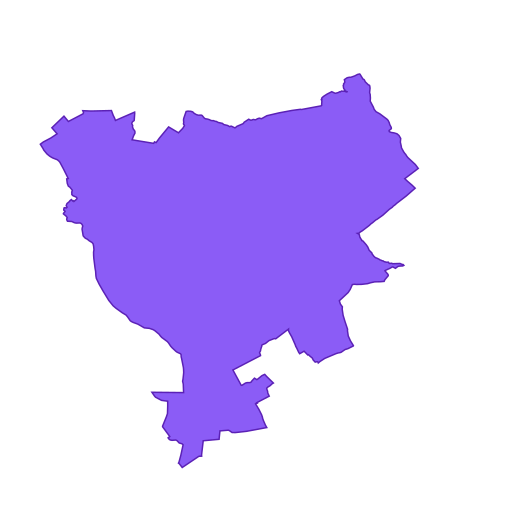 outline of Albesti, Vaslui, Romania, rotated 345°
{"feature_id": "2599482B63481497908108", "entity_name": "Albesti", "entity_type": "district", "adm_level": 2, "iso_a3": "ROU", "parent_name": "Romania", "parent_adm1": "Vaslui", "projection": "natural_earth1", "projection_center": [27.866, 46.507], "detail": "fine", "context": "isolated", "style": "filled", "palette": "violet", "viewbox_px": 512, "rotation_deg": 345, "n_neighbors": 0, "source": "geoboundaries", "source_scale": "gbopen_adm2", "svg_char_len": 6059}
<svg xmlns="http://www.w3.org/2000/svg" viewBox="0 0 512 512"><g transform="rotate(345 256 256)"><path d="M395.2,303.6L395.3,303.5L396.4,303.3L395.9,302.3L394.9,301.9L393.2,300.5L386.0,298.8L385.2,298.1L382.8,297.7L382.3,296.2L380.5,295.8L378.3,294.6L377.5,293.6L376.5,293.2L375.7,292.4L374.8,291.9L374.2,291.1L372.0,289.2L371.0,288.6L369.7,286.7L369.5,285.8L368.8,284.6L368.7,283.0L366.8,279.7L366.3,276.2L365.4,273.7L363.2,269.2L362.1,268.4L362.2,267.5L361.5,266.1L361.5,265.4L361.2,264.7L361.3,262.2L361.1,261.6L359.9,260.4L361.6,260.6L362.6,259.9L365.1,259.2L373.3,255.8L375.5,254.6L377.0,254.1L381.2,252.1L382.1,252.0L389.1,249.4L396.9,245.4L400.2,244.2L401.6,243.3L403.5,242.6L405.6,241.5L416.5,237.0L427.3,231.7L425.1,228.0L421.8,223.2L419.7,219.8L435.4,213.4L433.6,208.9L428.1,200.1L427.4,198.4L426.9,196.6L426.3,195.5L425.6,193.6L424.5,189.1L424.7,187.8L424.9,183.4L426.2,179.9L425.3,176.6L423.8,174.4L421.2,172.8L418.5,171.6L417.0,170.4L416.9,169.6L417.1,169.2L419.6,168.1L419.8,167.7L419.9,166.7L419.2,163.6L419.2,161.7L418.7,159.2L417.9,157.7L412.4,150.7L409.3,147.7L408.1,144.9L407.9,142.6L406.4,136.0L407.4,133.0L408.1,129.4L408.0,127.9L408.2,127.1L409.6,123.4L409.9,121.3L409.8,120.5L408.8,119.7L406.6,116.0L406.3,114.2L406.0,113.5L405.1,112.7L403.5,107.3L403.2,107.0L401.1,106.9L398.0,107.6L393.9,107.9L392.3,107.5L390.2,107.4L387.0,108.5L386.9,110.4L386.6,111.3L385.1,112.5L385.0,113.3L384.3,114.0L384.3,114.7L384.1,115.9L384.1,117.0L384.8,118.7L384.9,119.5L385.4,120.1L386.5,120.9L386.4,121.0L385.8,120.9L383.6,119.4L382.8,119.5L381.3,118.8L379.8,119.3L379.4,119.0L377.7,119.4L374.9,119.4L374.3,119.1L371.7,116.9L366.5,118.0L362.5,119.3L360.7,120.2L360.1,121.1L360.1,121.9L359.6,121.9L359.7,123.5L358.7,126.4L358.5,127.4L357.7,127.8L338.2,126.3L337.3,126.1L336.9,125.8L328.3,124.7L315.4,123.7L302.8,123.3L296.9,124.8L294.8,123.7L292.9,123.8L291.1,124.3L290.4,124.2L288.7,123.4L286.8,123.6L285.9,123.4L284.4,122.0L279.2,123.7L278.2,124.6L277.4,124.9L271.1,125.8L269.3,126.7L268.7,126.7L265.9,124.3L265.5,124.1L264.0,124.2L262.4,122.6L258.9,120.7L257.9,119.2L254.0,117.2L252.6,115.8L251.4,115.3L249.9,114.2L248.9,114.0L247.5,113.4L246.5,112.4L244.8,111.3L242.6,110.3L241.8,109.5L240.3,106.3L239.5,105.7L236.8,105.1L235.0,104.0L233.5,102.5L232.8,101.6L232.3,100.6L231.8,100.1L231.1,99.9L230.7,99.4L227.6,98.4L225.9,98.3L221.8,104.4L221.2,105.8L220.7,108.5L220.1,109.6L220.2,110.3L220.6,110.9L220.6,111.6L218.2,113.8L213.0,116.9L205.0,108.7L193.2,117.1L188.9,120.6L187.5,119.5L186.3,120.7L166.4,111.7L168.8,108.3L170.9,106.0L171.3,104.2L171.0,103.0L170.4,102.0L170.1,99.4L170.7,97.9L170.4,96.9L170.3,95.8L171.1,94.7L172.0,94.1L172.9,93.9L173.5,93.4L175.8,86.7L176.0,85.6L155.3,88.7L155.1,86.2L154.5,83.3L154.0,78.1L134.2,73.3L126.3,70.8L126.5,72.2L126.5,72.9L125.7,73.9L109.6,77.5L106.7,71.2L92.0,79.3L95.5,86.5L88.4,88.9L80.1,90.8L76.6,92.2L78.1,97.1L78.4,98.7L80.5,103.3L82.5,106.1L83.9,107.6L85.3,108.9L89.0,111.6L90.1,113.2L90.8,114.6L92.5,121.8L94.7,132.6L93.1,132.5L92.5,137.0L92.8,139.9L94.1,141.5L95.6,145.1L94.5,146.6L94.5,147.3L94.0,148.9L94.3,149.6L94.9,150.5L97.0,152.1L97.9,153.0L98.0,154.0L97.6,154.6L94.2,156.2L93.8,155.3L93.1,155.4L92.3,153.7L91.2,154.1L91.0,154.4L90.4,154.5L89.8,155.1L87.0,156.4L85.7,158.2L86.1,160.0L85.3,160.5L83.7,159.8L83.0,159.9L82.3,161.4L82.2,162.0L83.0,163.0L83.1,163.6L81.0,165.0L80.9,165.5L82.7,168.0L83.6,170.0L82.7,171.3L82.6,172.2L82.9,173.6L87.0,175.0L89.0,176.7L90.0,177.3L91.3,177.8L94.5,178.5L95.4,179.2L96.1,180.4L96.4,181.8L96.3,182.4L95.3,184.1L94.9,185.2L94.5,189.6L94.3,191.2L94.4,192.2L95.7,194.6L97.4,196.1L98.8,198.1L101.1,200.5L101.8,202.0L101.7,204.4L101.1,208.0L100.1,210.2L99.3,213.4L98.7,216.5L97.4,226.0L97.1,229.3L96.2,233.9L96.0,236.3L97.2,242.6L99.2,250.2L102.3,260.8L105.1,267.1L107.3,270.3L112.1,276.2L115.2,279.4L116.2,281.6L117.7,285.8L118.6,287.0L120.2,288.4L124.2,291.2L129.5,296.5L134.3,298.3L137.6,300.5L139.0,302.0L142.1,306.4L143.0,308.6L143.9,310.3L148.2,315.7L149.0,317.3L150.2,320.9L151.2,322.9L154.0,327.4L154.9,328.5L157.7,330.8L158.1,331.7L157.9,332.8L157.6,334.1L157.6,335.7L157.0,344.9L156.7,346.7L156.0,349.8L155.3,351.7L153.6,356.1L152.7,357.9L152.6,360.8L150.7,369.2L120.2,360.7L121.8,365.2L122.5,366.5L127.4,371.0L133.1,373.4L131.9,378.0L129.7,385.3L127.9,388.0L121.7,396.2L121.6,396.8L126.0,408.1L124.0,408.9L124.8,410.8L125.7,411.6L127.2,412.3L130.9,413.0L132.0,414.0L133.4,416.7L136.0,418.3L136.7,419.5L132.0,428.7L128.3,435.1L127.5,436.0L128.1,436.7L130.0,441.2L148.3,434.9L149.2,434.7L151.7,435.3L152.0,433.9L157.2,420.8L172.9,423.5L175.9,415.6L184.2,417.1L185.1,417.8L187.2,420.3L190.3,421.2L201.5,422.9L222.0,424.5L221.3,421.7L220.6,417.0L220.4,414.7L220.5,412.9L220.3,410.7L219.1,404.9L217.3,398.7L218.3,398.4L219.4,398.5L219.5,398.2L219.1,397.8L232.5,394.8L231.9,391.4L232.2,389.7L232.0,387.6L232.1,386.5L233.4,385.7L236.1,384.9L238.5,383.6L239.9,383.2L235.2,375.3L233.8,372.6L233.6,372.6L230.8,373.1L225.4,375.5L224.8,375.6L222.9,373.6L219.8,375.5L218.7,376.5L217.4,376.7L214.6,376.0L212.9,376.0L208.9,377.3L208.2,376.9L204.2,360.1L234.6,353.4L234.7,352.2L234.4,350.8L234.5,350.1L235.8,348.8L236.3,347.6L237.4,345.8L238.2,344.7L238.4,343.9L239.0,343.4L242.6,342.9L246.6,341.1L251.9,340.5L252.6,340.6L253.6,341.1L268.5,335.0L268.0,336.5L268.5,339.1L269.6,343.3L270.9,351.8L271.0,353.5L271.5,355.5L272.3,360.0L272.9,361.7L277.8,360.4L280.4,365.0L281.1,364.9L282.2,366.7L284.0,369.2L284.3,371.2L285.7,373.8L287.8,373.9L288.5,374.8L288.5,375.4L290.4,374.5L295.9,372.7L308.1,371.0L310.2,370.9L312.2,371.1L313.4,371.0L317.8,369.4L320.8,369.3L326.7,368.1L326.9,367.8L325.3,362.5L324.4,357.2L325.0,351.9L325.5,350.4L325.0,342.3L324.8,335.8L325.5,329.7L326.3,327.4L325.1,324.3L324.9,320.8L335.6,315.1L338.3,312.7L341.7,308.5L343.9,308.8L345.7,309.5L350.6,310.7L356.6,311.6L359.7,311.5L364.0,311.7L369.7,313.1L373.2,313.7L374.3,312.3L378.6,309.3L378.8,308.7L378.7,307.8L376.8,303.9L376.8,303.5L380.0,302.9L381.6,302.7L384.7,301.9L385.4,302.0L387.5,304.0L390.4,302.8L392.0,302.9L395.2,303.6Z" fill="#8b5cf6" stroke="#5b21b6" stroke-width="1.5"/></g></svg>